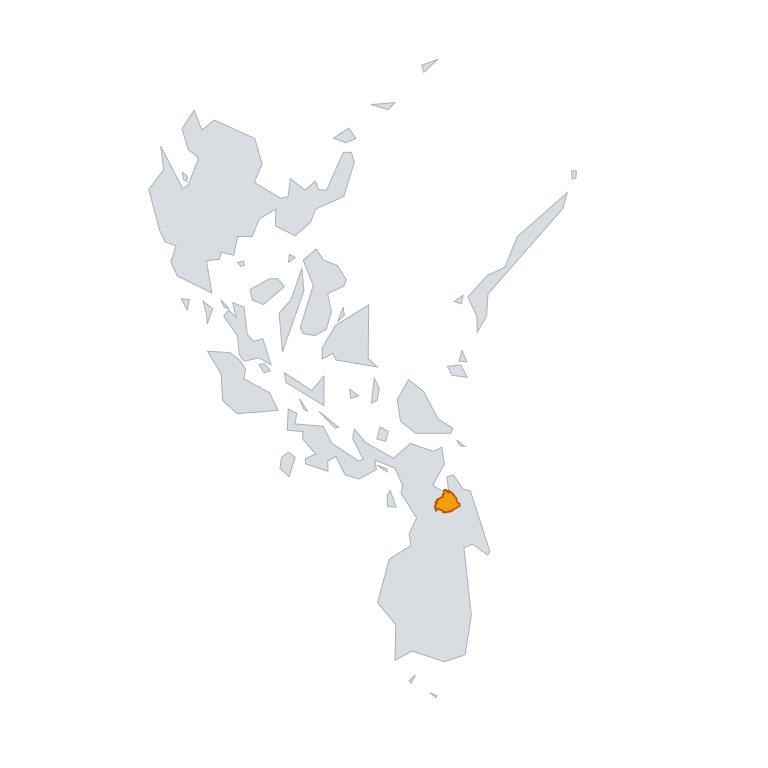 Pampanga, Pampanga, Philippines shown in context, rotated 174°
{"feature_id": "2640588B20595662599865", "entity_name": "Pampanga", "entity_type": "district", "adm_level": 2, "iso_a3": "PHL", "parent_name": "Philippines", "parent_adm1": "Pampanga", "projection": "albers", "projection_center": [120.654, 15.023], "detail": "fine", "context": "in_parent", "style": "filled", "palette": "amber", "viewbox_px": 768, "rotation_deg": 174, "n_neighbors": 0, "source": "geoboundaries", "source_scale": "gbopen_adm2", "svg_char_len": 7941}
<svg xmlns="http://www.w3.org/2000/svg" viewBox="0 0 768 768"><g transform="rotate(174 384 384)"><path d="M352.8,101.5L384.2,115.5L401.9,108.2L397.4,143.5L413.2,167.3L397.1,209.2L374.1,220.5L374.7,232.2L365.5,247.6L378.6,273.7L375.8,280.6L381.8,299.0L401.1,309.4L400.5,299.7L418.9,292.1L432.2,297.7L439.6,317.1L448.0,313.1L448.9,303.1L470.4,312.8L470.0,317.9L459.0,321.5L470.9,338.0L469.5,345.1L485.0,348.2L481.8,369.1L473.8,363.8L476.7,353.6L449.0,348.3L442.4,330.7L417.7,310.3L412.2,311.3L421.0,333.0L418.1,342.0L408.4,327.6L382.4,309.2L363.7,322.1L341.9,311.7L333.1,315.2L332.3,298.2L346.2,277.9L330.9,267.4L331.1,285.1L324.6,286.4L316.5,271.3L309.3,268.7L296.2,206.2L298.7,203.1L312.8,215.5L321.7,212.8L321.3,144.9L331.6,106.3L352.8,101.5ZM545.8,492.5L578.1,513.0L583.3,527.3L576.4,543.2L586.6,547.9L591.0,560.2L597.6,602.2L580.7,620.0L581.2,643.9L563.8,599.2L557.9,602.5L544.7,628.0L554.2,637.7L558.2,659.0L544.2,676.0L538.6,655.4L525.2,664.2L486.8,641.6L482.3,615.8L491.8,597.9L467.5,579.6L459.9,580.2L455.6,597.9L442.3,585.1L431.1,592.8L428.8,584.3L421.0,582.6L400.2,618.6L392.2,617.8L390.4,607.7L404.4,574.7L433.9,565.1L439.9,552.8L456.8,540.7L475.3,552.4L473.3,569.4L490.8,561.1L499.7,544.6L514.2,546.0L519.9,527.8L532.1,532.1L534.9,525.1L547.7,525.3L545.8,492.5ZM451.4,515.6L437.2,525.2L431.4,513.7L417.9,506.6L410.6,491.6L413.8,485.5L430.6,479.8L428.7,461.3L435.8,444.3L447.7,439.4L458.9,442.4L461.4,448.7L444.1,489.5L451.4,515.6ZM533.0,369.9L546.2,384.6L544.9,411.1L556.1,435.0L534.0,431.3L525.2,422.7L519.9,413.2L523.1,404.0L498.8,387.2L492.0,368.8L533.0,369.9ZM388.9,401.7L429.1,412.9L431.7,419.7L443.1,415.4L441.6,426.4L426.5,447.1L390.9,464.2L397.1,411.0L388.9,401.7ZM236.0,516.5L181.8,555.1L187.8,539.9L271.2,462.7L274.9,440.8L285.8,425.7L284.5,441.7L291.5,461.8L269.6,481.2L251.6,487.5L236.0,516.5ZM322.9,328.0L357.6,331.7L371.5,345.1L372.4,367.0L359.2,385.7L345.5,372.7L333.8,343.5L320.2,332.7L322.9,328.0ZM505.1,423.0L520.6,421.4L524.9,428.5L524.7,447.4L536.3,468.3L530.9,473.7L524.0,465.9L526.0,480.7L515.1,475.0L514.8,447.8L509.2,439.9L499.8,441.7L494.3,414.7L505.1,423.0ZM453.5,507.7L454.0,484.8L481.7,426.5L480.9,465.3L467.7,477.5L453.5,507.7ZM507.2,492.0L486.6,500.6L478.3,499.7L473.0,491.2L495.5,475.7L506.2,481.4L507.2,492.0ZM446.0,368.8L481.3,395.7L481.7,405.3L456.5,385.0L442.9,398.1L446.0,368.8ZM493.7,321.6L486.1,326.2L480.1,320.4L487.9,301.9L496.3,310.9L493.7,321.6ZM408.4,633.8L392.2,642.1L386.4,631.2L396.5,627.8L408.4,633.8ZM300.5,382.0L315.4,385.6L319.1,394.8L305.9,395.0L300.5,382.0ZM388.4,326.8L397.0,330.2L392.4,341.7L384.7,336.3L388.4,326.8ZM351.0,656.4L367.8,663.2L343.8,662.7L351.0,656.4ZM555.3,485.4L546.5,476.5L553.7,462.1L553.0,470.7L555.3,485.4ZM398.6,366.2L393.1,390.5L389.1,380.5L392.4,368.6L398.6,366.2ZM311.9,689.9L313.1,697.1L296.5,701.3L311.9,689.9ZM393.1,261.7L392.7,272.6L388.9,277.2L384.8,260.3L393.1,261.7ZM423.5,450.9L416.5,464.9L416.4,456.8L423.5,450.9ZM307.0,399.0L303.0,409.1L299.3,397.4L307.0,399.0ZM506.5,416.4L501.0,416.8L495.5,408.9L502.0,407.8L506.5,416.4ZM418.6,373.2L418.6,382.3L410.7,374.9L418.6,373.2ZM576.6,489.9L568.6,488.4L572.0,478.5L576.6,489.9ZM437.4,345.4L451.6,363.6L433.7,345.7L437.4,345.4ZM305.6,458.8L296.1,463.8L298.7,455.7L305.6,458.8ZM466.2,515.1L464.5,522.9L459.1,519.0L466.2,515.1ZM466.5,367.4L469.7,378.2L462.7,364.6L466.5,367.4ZM175.3,576.4L170.4,575.8L171.6,568.9L175.3,568.2L175.3,576.4ZM517.1,520.3L510.9,520.9L510.2,516.8L513.9,515.9L517.1,520.3ZM562.4,615.6L557.8,610.8L559.1,605.9L562.2,608.2L562.4,615.6ZM314.8,314.5L317.4,320.6L310.1,313.5L314.8,314.5ZM534.9,476.9L537.5,484.9L530.5,475.2L534.9,476.9ZM390.1,86.2L383.3,91.3L388.2,83.8L390.1,86.2ZM399.5,304.2L390.0,299.4L390.1,296.2L399.5,304.2ZM364.9,66.7L370.8,72.3L364.2,68.6L364.9,66.7Z" fill="#d9dde1" stroke="#a8b0b8" stroke-width="1"/><path d="M329.6,270.1L329.7,269.9L329.8,269.8L330.0,269.8L330.3,269.9L330.6,269.9L330.6,270.0L330.6,270.3L330.9,270.0L330.7,269.7L330.5,269.2L330.4,269.1L330.2,269.2L330.3,269.0L330.3,268.8L330.4,269.0L330.5,269.0L330.6,269.5L330.9,269.9L331.0,269.9L331.5,269.6L331.5,269.8L331.5,270.0L331.7,270.3L331.9,270.5L331.9,270.4L332.0,270.4L331.9,270.6L332.1,270.7L332.0,270.8L332.3,270.8L332.3,270.6L332.3,270.4L332.5,270.4L332.4,270.7L332.5,270.8L332.4,270.8L332.5,270.9L332.4,271.0L332.5,271.0L332.4,271.1L332.5,271.1L332.5,271.3L332.6,271.0L332.9,271.0L333.0,271.1L333.1,271.3L333.1,271.5L333.4,271.7L333.4,271.9L333.5,271.9L333.5,272.0L333.8,272.3L333.9,272.1L334.0,272.2L333.9,272.4L334.1,272.4L334.4,272.4L334.3,272.1L334.7,272.3L334.8,272.3L334.7,272.1L334.9,272.2L335.1,272.1L335.2,272.3L335.3,272.3L335.3,272.2L335.5,271.6L335.7,270.8L335.8,270.5L335.8,270.2L335.7,270.0L335.8,269.7L335.7,269.5L336.0,269.4L336.4,268.5L336.4,268.3L336.5,268.2L336.8,268.2L337.1,268.1L337.4,267.9L337.3,267.7L336.8,267.7L336.9,266.8L337.1,266.8L337.2,266.6L337.1,266.3L337.0,266.2L337.0,265.9L337.1,265.6L337.3,265.5L337.3,265.4L337.7,265.2L337.8,265.2L338.1,265.2L338.5,265.3L338.9,265.5L340.4,264.6L341.0,264.3L341.1,264.2L341.3,264.2L341.6,264.0L342.0,264.1L342.3,264.0L342.5,263.9L342.4,263.4L342.5,263.4L342.4,263.3L342.5,263.2L342.9,263.1L343.2,263.0L343.3,263.0L343.3,262.9L343.6,262.9L343.5,262.5L343.8,262.5L343.8,262.3L343.6,262.2L343.8,262.3L343.8,262.2L343.7,262.1L343.4,262.1L343.5,262.0L343.5,261.8L343.6,261.6L343.4,261.7L343.6,261.5L344.0,261.5L344.1,261.4L344.1,261.2L344.1,260.9L344.0,260.7L344.2,260.8L344.5,261.0L344.8,261.1L345.0,261.0L345.0,260.9L344.9,260.7L345.0,260.7L344.9,260.6L345.0,260.4L345.3,260.4L345.5,260.5L345.7,260.3L345.8,260.3L345.7,260.3L345.6,260.2L345.4,260.1L345.2,260.0L345.2,259.9L345.0,259.7L344.8,259.7L344.7,259.4L344.3,258.9L344.5,258.3L344.7,258.2L344.7,258.3L344.9,258.2L345.1,258.3L345.5,258.2L345.8,258.1L345.9,257.8L346.1,257.5L346.1,257.3L346.2,257.2L346.3,257.1L346.3,256.9L346.4,256.7L346.6,256.4L346.6,256.2L346.5,256.3L346.5,256.0L346.3,255.9L346.2,255.8L346.2,255.7L345.9,255.6L345.7,255.5L345.7,255.4L345.3,255.2L345.2,254.9L345.3,254.8L345.2,254.7L345.3,254.6L345.1,254.3L345.2,254.2L345.3,254.1L345.7,254.0L345.7,253.8L345.7,253.6L345.8,253.6L345.8,253.4L345.7,253.4L345.7,253.2L345.9,253.2L345.8,252.8L345.7,252.8L345.7,252.5L345.4,252.6L344.9,252.7L344.7,252.7L344.5,252.8L344.5,253.0L344.4,253.5L344.2,253.6L344.1,253.8L344.2,254.0L344.1,253.8L343.8,253.9L343.8,254.1L343.6,254.0L343.4,254.1L343.5,254.0L343.3,254.0L343.1,254.1L343.1,254.3L342.9,254.3L342.9,254.1L342.5,254.1L342.3,254.0L341.8,253.1L341.5,253.1L341.3,252.9L341.1,253.0L341.0,252.9L340.9,252.8L340.6,252.8L340.6,252.7L340.4,252.7L340.1,252.6L339.7,252.7L339.4,252.4L339.1,252.2L339.3,251.8L339.3,251.7L339.1,251.6L339.0,251.4L338.9,251.1L338.8,250.9L339.0,250.6L338.9,250.5L338.9,250.3L338.9,250.2L338.2,250.3L337.8,250.4L337.8,250.6L337.7,250.7L337.4,250.7L337.4,250.2L337.5,250.1L337.5,249.8L337.4,249.7L337.2,249.9L336.8,249.8L336.1,249.9L336.1,250.0L335.9,250.4L335.6,250.4L334.8,250.1L334.7,249.9L334.3,249.7L333.8,249.9L333.5,250.3L333.4,250.5L333.0,250.6L332.6,250.4L332.3,250.4L332.0,250.3L331.7,250.5L331.3,250.3L330.7,250.5L330.9,250.2L330.4,250.4L330.2,250.4L329.6,250.6L329.5,250.8L329.4,250.7L329.3,250.8L329.2,251.0L329.1,251.4L329.0,251.6L328.9,251.6L328.6,251.8L328.3,252.0L328.2,252.0L328.0,251.9L327.9,252.0L327.8,251.9L327.6,252.1L327.2,252.0L326.9,252.3L326.7,252.4L326.6,252.5L326.3,252.5L326.2,252.6L324.7,253.2L324.2,253.6L323.8,254.0L323.0,254.0L322.7,254.4L322.4,254.5L322.1,254.6L321.9,254.6L321.6,254.7L321.1,256.1L321.5,257.3L323.3,258.8L323.9,260.2L323.9,262.5L323.8,262.8L324.0,263.0L324.3,263.3L324.5,263.4L324.5,263.5L324.4,263.6L324.5,263.8L324.8,263.9L325.0,263.8L325.6,265.3L325.6,265.6L325.9,265.5L326.1,265.6L326.6,265.9L326.7,266.1L326.7,266.3L326.4,266.7L326.4,266.9L326.7,267.0L326.9,267.0L327.0,267.2L326.8,267.4L327.0,267.5L327.2,267.8L327.5,268.2L327.8,268.2L328.0,268.3L328.1,268.6L328.3,268.9L328.3,269.0L328.5,269.5L329.6,270.1Z" fill="#f59e0b" stroke="#b45309" stroke-width="1.5"/></g></svg>